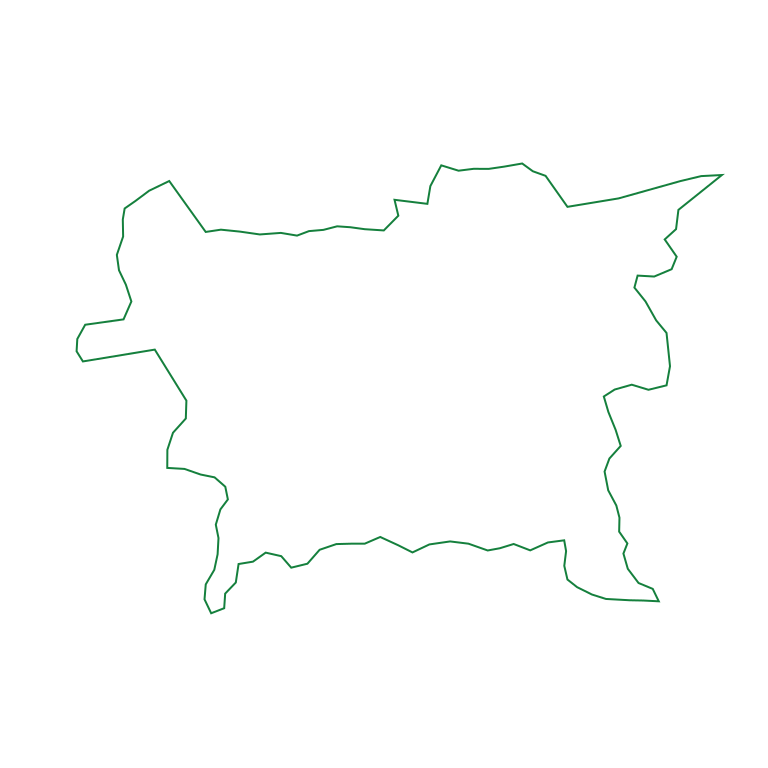 outline of São Sebastião do Caí, Rio Grande do Sul, Brazil, rotated 277°
{"feature_id": "56859067B90452711270544", "entity_name": "São Sebastião do Caí", "entity_type": "district", "adm_level": 2, "iso_a3": "BRA", "parent_name": "Brazil", "parent_adm1": "Rio Grande do Sul", "projection": "robinson", "projection_center": [-51.346, -29.585], "detail": "fine", "context": "isolated", "style": "outline", "palette": "green", "viewbox_px": 768, "rotation_deg": 277, "n_neighbors": 0, "source": "geoboundaries", "source_scale": "gbopen_adm2", "svg_char_len": 1722}
<svg xmlns="http://www.w3.org/2000/svg" viewBox="0 0 768 768"><g transform="rotate(277 384 384)"><path d="M250.4,243.1L239.6,236.9L223.9,234.2L210.9,238.5L194.7,239.6L178.9,238.2L163.4,231.5L148.4,232.1L135.4,240.4L142.0,252.7L156.6,251.9L168.9,261.1L187.6,261.6L191.7,275.6L202.2,287.1L200.6,303.0L190.4,314.3L196.3,329.9L211.6,340.3L219.3,356.2L221.6,371.5L223.2,384.4L231.7,398.9L225.7,417.7L220.3,432.8L230.3,448.6L235.8,468.8L235.8,487.3L231.4,507.2L235.1,519.0L241.0,532.2L236.7,549.4L246.7,566.0L250.8,581.9L240.3,585.1L225.5,585.1L212.3,589.9L205.9,600.4L200.4,616.0L197.7,630.5L199.3,654.2L200.7,667.9L201.8,683.2L213.4,675.7L217.5,660.9L230.3,648.5L244.9,642.3L255.4,645.0L266.1,635.4L280.0,634.0L291.7,629.4L305.8,619.5L324.0,613.6L337.5,616.8L351.4,626.5L366.7,619.5L383.6,610.1L398.4,603.7L406.6,613.6L413.5,630.0L410.5,647.2L417.1,664.6L436.5,665.7L450.4,662.5L469.1,658.2L480.3,646.4L497.8,633.5L510.2,620.8L522.5,622.5L523.6,639.1L533.0,655.5L546.0,659.0L561.7,645.0L573.3,655.0L592.7,655.0L632.6,693.9L629.0,673.5L621.5,653.4L596.8,594.2L582.2,544.5L610.3,519.0L613.3,505.8L619.7,494.3L614.4,476.8L610.3,461.8L608.5,446.7L604.8,432.0L608.0,414.2L586.1,405.9L568.1,405.1L568.1,372.0L552.8,377.7L536.4,365.1L535.3,346.0L535.5,331.5L534.8,318.3L529.6,305.1L526.6,290.9L520.7,279.6L521.4,263.2L517.3,242.5L517.7,222.4L517.3,203.3L513.2,188.5L559.3,146.1L547.2,127.3L535.3,114.9L526.6,105.2L515.5,104.7L498.6,107.1L479.6,103.1L464.6,107.1L451.1,115.7L435.1,123.2L416.4,117.6L406.4,80.2L391.3,74.1L379.0,74.9L369.7,82.4L390.2,152.3L343.4,189.9L325.6,191.5L309.9,180.5L292.3,177.0L274.3,179.1L275.4,196.3L271.8,213.0L270.7,227.2L262.7,239.0L250.4,243.1Z" fill="none" stroke="#15803d" stroke-width="2"/></g></svg>